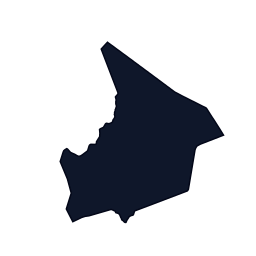 SVG path tracing the border of Tamanghasset, rotated 249°
{"feature_id": "DZA-2189", "entity_name": "Tamanghasset", "entity_type": "Province", "adm_level": 1, "iso_a3": "DZA", "parent_name": "Algeria", "parent_adm1": "", "projection": "mercator", "projection_center": [6.568, 24.092], "detail": "fine", "context": "isolated", "style": "filled", "palette": "ink", "viewbox_px": 256, "rotation_deg": 249, "n_neighbors": 0, "source": "natural_earth", "source_scale": "10m", "svg_char_len": 3515}
<svg xmlns="http://www.w3.org/2000/svg" viewBox="0 0 256 256"><g transform="rotate(249 128 128)"><path d="M215.4,139.6L214.3,140.2L213.3,140.9L212.2,141.6L211.1,142.3L210.1,143.0L209.0,143.7L207.9,144.4L206.9,145.0L205.8,145.7L204.7,146.4L203.7,147.1L202.6,147.8L201.5,148.5L200.5,149.1L199.4,149.8L198.3,150.5L197.3,151.2L196.2,151.9L195.1,152.6L194.1,153.2L193.0,153.9L191.9,154.6L190.9,155.3L189.8,156.0L188.7,156.7L187.6,157.3L186.6,158.0L185.5,158.7L184.4,159.4L183.4,160.1L182.3,160.7L181.2,161.4L180.2,162.1L179.1,162.8L178.0,163.5L177.0,164.1L175.9,164.8L174.8,165.5L173.8,166.2L172.7,166.9L171.6,167.5L170.6,168.2L169.5,168.9L168.4,169.6L167.4,170.2L166.3,170.9L165.2,171.6L164.2,172.3L163.1,173.0L162.0,173.6L161.0,174.3L159.9,175.0L158.8,175.7L157.8,176.3L156.7,177.0L155.6,177.7L154.6,178.4L153.5,179.0L152.4,179.7L151.4,180.4L150.3,181.1L149.2,181.7L148.2,182.4L147.1,183.1L145.0,184.4L143.5,185.7L142.4,186.7L141.2,187.7L140.1,188.7L139.0,189.6L137.8,190.7L137.2,191.2L136.3,192.1L135.3,193.0L134.3,193.9L133.3,194.8L132.3,195.7L131.3,196.6L130.3,197.5L129.4,198.4L128.4,199.3L127.4,200.2L126.4,201.1L125.4,202.0L124.4,202.9L123.4,203.8L122.4,204.7L121.4,205.6L120.5,206.5L119.2,207.7L118.5,208.2L117.8,208.4L115.8,208.8L114.3,209.1L110.8,209.8L107.4,210.5L105.8,210.9L102.9,211.5L99.9,212.1L96.9,212.7L94.0,213.3L91.3,213.8L88.6,214.3L87.1,214.6L87.0,189.8L86.5,186.0L85.3,184.3L83.7,182.8L49.1,162.4L48.3,161.4L48.0,160.8L48.2,104.7L48.1,104.4L48.0,104.2L47.8,104.1L45.2,102.0L45.0,101.7L44.9,101.2L45.1,99.5L45.0,98.5L45.0,98.1L44.9,97.7L44.8,97.4L44.6,97.1L42.1,93.7L40.8,92.5L40.6,92.2L40.8,91.6L41.1,91.2L41.9,90.7L43.1,90.3L44.1,89.5L44.3,89.4L45.5,89.3L46.4,89.4L46.6,89.4L47.2,89.2L47.4,89.2L49.5,89.2L51.0,88.8L51.4,88.6L51.7,88.4L52.1,87.9L53.1,86.6L53.2,86.4L53.3,86.4L53.5,86.3L55.1,86.1L55.3,86.0L56.3,84.9L56.8,84.5L57.5,83.8L57.8,83.4L58.0,82.9L58.1,82.5L60.0,60.1L60.9,56.3L61.1,52.7L60.3,42.9L74.5,41.4L87.5,51.7L102.2,53.2L121.0,52.7L128.8,58.9L129.8,59.9L130.3,61.3L130.7,63.4L130.0,64.0L125.8,65.6L121.9,69.4L120.8,70.2L119.8,71.1L119.2,72.0L118.9,73.5L119.3,75.6L121.0,81.6L121.1,81.8L121.3,82.1L121.9,82.7L125.0,85.1L125.6,85.7L125.9,86.2L126.0,86.7L126.1,87.0L126.1,87.3L126.0,87.7L124.7,90.8L124.6,91.2L124.5,91.6L124.5,92.1L124.5,92.4L124.6,92.6L124.7,92.8L124.8,92.9L126.5,93.7L126.6,93.8L129.9,98.2L130.1,98.4L130.2,98.5L130.3,98.6L132.0,99.3L132.4,99.5L132.9,99.8L136.8,100.9L137.0,101.3L137.2,102.1L137.4,105.3L139.2,107.6L139.6,108.0L139.9,108.4L140.0,108.7L140.1,108.9L140.1,109.1L140.1,109.3L140.1,109.6L140.0,109.9L139.3,110.9L139.2,111.0L138.9,111.9L138.8,112.0L138.8,114.0L139.1,115.4L139.2,115.6L139.4,115.9L139.7,116.1L140.7,116.8L141.0,117.1L141.2,117.3L141.6,118.1L142.1,118.7L142.3,119.0L142.5,119.2L142.8,119.4L143.0,119.6L143.2,119.8L143.9,120.0L144.5,120.1L145.2,120.1L145.3,120.1L145.5,120.1L145.9,120.5L146.0,120.5L146.3,120.6L146.7,120.9L146.8,121.0L147.0,121.0L147.3,121.0L147.6,121.2L147.7,121.3L148.1,121.7L148.3,121.9L148.5,122.1L149.2,122.5L149.6,122.6L150.7,123.7L150.9,123.8L151.2,124.0L151.3,124.1L151.7,124.5L151.9,124.6L152.3,124.9L152.4,125.0L152.5,125.0L153.5,125.2L154.3,125.2L154.7,125.3L155.9,125.6L156.4,126.0L156.7,126.1L156.8,126.1L157.1,126.2L157.3,126.2L157.8,126.7L159.3,127.2L160.6,127.3L161.0,127.3L161.3,127.4L161.6,127.5L161.7,127.8L161.9,128.0L162.6,129.5L163.0,130.1L163.4,130.6L163.8,131.1L164.0,131.2L164.3,131.3L211.3,131.3L213.1,134.9L214.2,137.1L215.4,139.6Z" fill="#0f172a" stroke="#020617" stroke-width="1.5"/></g></svg>